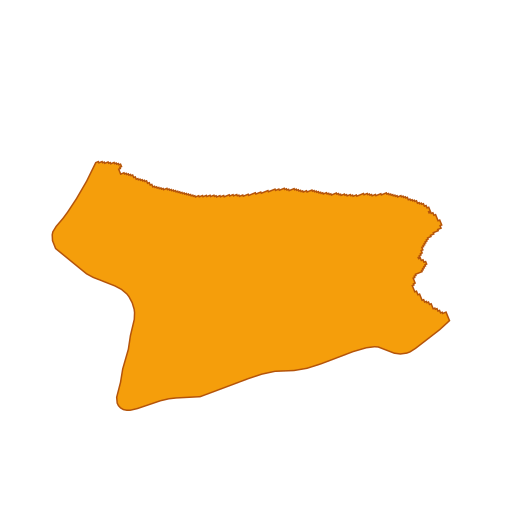 Sabana Grande de Palenque, San Cristóbal, Dominican Republic (Equal Earth projection), rotated 248°
{"feature_id": "3306468B45575096497084", "entity_name": "Sabana Grande de Palenque", "entity_type": "district", "adm_level": 2, "iso_a3": "DOM", "parent_name": "Dominican Republic", "parent_adm1": "San Cristóbal", "projection": "equal_earth", "projection_center": [-70.148, 18.258], "detail": "fine", "context": "isolated", "style": "filled", "palette": "amber", "viewbox_px": 512, "rotation_deg": 248, "n_neighbors": 0, "source": "geoboundaries", "source_scale": "gbopen_adm2", "svg_char_len": 4580}
<svg xmlns="http://www.w3.org/2000/svg" viewBox="0 0 512 512"><g transform="rotate(248 256 256)"><path d="M124.8,411.2L132.8,411.2L132.8,407.6L134.1,407.6L134.1,405.8L136.8,405.8L136.8,404.1L139.4,404.1L139.4,402.3L140.7,402.3L140.7,400.5L146.1,400.5L146.1,398.7L148.7,398.7L148.7,397.8L148.7,396.9L150.1,396.9L150.1,395.1L152.7,395.1L152.7,393.4L159.4,393.4L159.4,391.6L163.3,391.6L163.3,389.8L170.0,389.8L170.0,391.6L171.3,391.6L171.3,393.4L176.6,393.4L176.6,395.1L178.0,395.1L178.0,396.9L179.3,396.9L179.3,404.1L180.6,404.1L180.6,405.8L182.0,405.8L182.0,407.6L183.3,407.6L183.3,409.4L184.6,409.4L184.6,411.2L187.3,411.2L187.3,409.4L189.9,409.4L189.9,407.6L192.6,407.6L192.6,405.8L193.9,405.8L193.9,407.6L195.2,407.6L195.2,409.4L196.6,409.4L196.6,411.2L199.2,411.2L199.2,413.0L201.9,413.0L201.9,414.8L203.2,414.8L203.2,416.6L204.6,416.6L204.6,417.3L204.6,418.3L205.9,418.3L205.9,420.1L207.2,420.1L207.2,421.9L208.5,421.9L208.5,425.5L209.8,425.5L209.8,429.1L211.2,429.1L211.2,434.4L212.5,434.4L212.5,438.0L215.2,438.0L215.2,439.8L220.5,439.8L220.5,438.0L227.1,438.0L227.1,436.2L229.8,436.2L229.8,434.4L231.1,434.4L231.1,432.6L232.4,432.6L232.4,434.4L236.5,434.4L236.5,432.6L239.1,432.6L239.1,430.8L241.8,430.8L241.8,429.1L243.1,429.1L243.1,427.3L244.4,427.3L244.4,425.5L247.1,425.5L247.1,423.7L248.4,423.7L248.4,421.9L249.7,421.9L249.7,420.1L251.1,420.1L251.1,418.3L253.7,418.3L253.7,416.6L255.0,416.6L255.0,414.8L256.4,414.8L256.4,413.0L257.7,413.0L257.7,409.4L259.1,409.4L259.1,407.6L260.4,407.6L260.4,405.8L261.7,405.8L261.7,404.1L263.0,404.1L263.0,402.3L264.3,402.3L264.3,400.5L265.7,400.5L265.7,395.1L267.0,395.1L267.0,389.8L268.3,389.8L268.3,386.2L269.7,386.2L269.7,384.4L271.0,384.4L271.0,382.6L272.3,382.6L272.3,379.1L273.7,379.1L273.7,371.9L275.0,371.9L275.0,368.4L276.3,368.4L276.3,366.5L277.6,366.5L277.6,363.0L279.0,363.0L279.0,361.2L280.3,361.2L280.3,357.6L281.6,357.6L281.6,355.9L283.0,355.9L283.0,354.1L284.3,354.1L284.3,348.7L285.6,348.7L285.6,346.9L286.9,346.9L286.9,345.1L288.3,345.1L288.3,341.6L289.6,341.6L289.6,339.8L290.9,339.8L290.9,338.0L292.3,338.0L292.3,336.2L293.6,336.2L293.6,334.4L294.9,334.4L294.9,332.6L296.2,332.6L296.2,327.3L297.6,327.3L297.6,323.7L298.9,323.7L298.9,321.9L300.2,321.9L300.2,320.1L301.6,320.1L301.6,318.4L302.9,318.4L302.9,316.6L304.2,316.6L304.2,311.2L305.6,311.2L305.6,309.4L306.9,309.4L306.9,307.6L308.2,307.6L308.2,302.3L309.5,302.3L309.5,298.7L310.9,298.7L310.9,291.6L312.2,291.6L312.2,284.4L313.5,284.4L313.5,279.1L314.9,279.1L314.9,271.9L316.2,271.9L316.2,269.6L316.2,266.6L317.5,266.6L317.5,263.0L318.8,263.0L318.8,261.2L320.2,261.2L320.2,257.7L321.5,257.7L321.5,254.1L322.8,254.1L322.8,248.7L324.2,248.7L324.2,245.2L325.5,245.2L325.5,241.6L326.8,241.6L326.8,239.8L328.1,239.8L328.1,236.2L329.5,236.2L329.5,232.7L330.8,232.7L330.8,229.1L332.1,229.1L332.1,225.5L333.4,225.5L333.4,221.9L334.8,221.9L334.8,220.2L336.1,220.2L336.1,218.4L337.5,218.4L337.5,216.6L338.8,216.6L338.8,214.8L340.1,214.8L340.1,213.0L341.4,213.0L341.4,211.2L342.7,211.2L342.7,209.4L344.1,209.4L344.1,207.7L345.4,207.7L345.4,205.9L346.8,205.9L346.8,204.1L348.1,204.1L348.1,202.3L349.4,202.3L349.4,200.5L350.7,200.5L350.7,198.8L352.1,198.8L352.1,195.2L353.4,195.2L353.4,193.4L354.7,193.4L354.7,191.6L356.0,191.6L356.0,189.8L357.4,189.8L357.4,188.0L358.7,188.0L358.7,186.2L361.4,186.2L361.4,184.5L364.0,184.5L364.0,182.7L366.7,182.7L366.7,180.9L368.0,180.9L368.0,179.1L369.4,179.1L369.4,177.3L370.7,177.3L370.7,175.5L372.0,175.5L372.0,173.7L374.6,173.7L374.6,172.0L377.3,172.0L377.3,170.2L378.6,170.2L378.6,168.4L380.0,168.4L380.0,166.6L381.3,166.6L381.3,164.8L382.6,164.8L382.6,161.2L387.3,161.2L387.9,161.2L387.9,163.0L389.3,163.0L389.3,164.8L391.9,164.8L391.9,163.0L393.3,163.0L393.3,161.2L394.6,161.2L394.6,159.5L395.9,159.5L395.9,155.9L397.2,155.9L397.2,154.1L398.6,154.1L398.6,150.5L399.9,150.5L399.9,148.7L401.2,148.7L401.2,145.2L402.6,145.2L402.6,143.2L402.6,142.4L388.8,127.0L376.3,110.9L367.2,97.7L363.2,91.2L358.3,81.8L354.5,76.7L352.0,75.0L346.5,73.1L338.0,73.0L303.0,92.2L297.2,97.0L281.2,113.9L275.4,118.8L269.1,122.1L265.8,123.0L259.0,123.7L252.3,123.1L249.0,122.2L242.8,119.4L229.3,109.8L217.3,102.7L201.2,90.1L189.5,83.0L177.2,73.9L171.6,72.2L168.8,72.4L165.9,73.5L163.3,75.5L161.4,78.4L160.1,81.7L159.0,88.8L157.6,113.2L156.3,121.6L154.3,128.8L146.5,151.5L145.2,203.1L144.3,217.1L142.0,230.4L135.6,248.3L132.8,261.2L131.7,275.8L131.0,310.2L129.6,323.9L127.5,331.9L125.9,335.2L114.1,347.8L111.1,353.1L109.5,359.4L109.4,362.8L110.6,369.3L118.9,398.7L123.6,411.2L124.8,411.2Z" fill="#f59e0b" stroke="#b45309" stroke-width="1.5"/></g></svg>